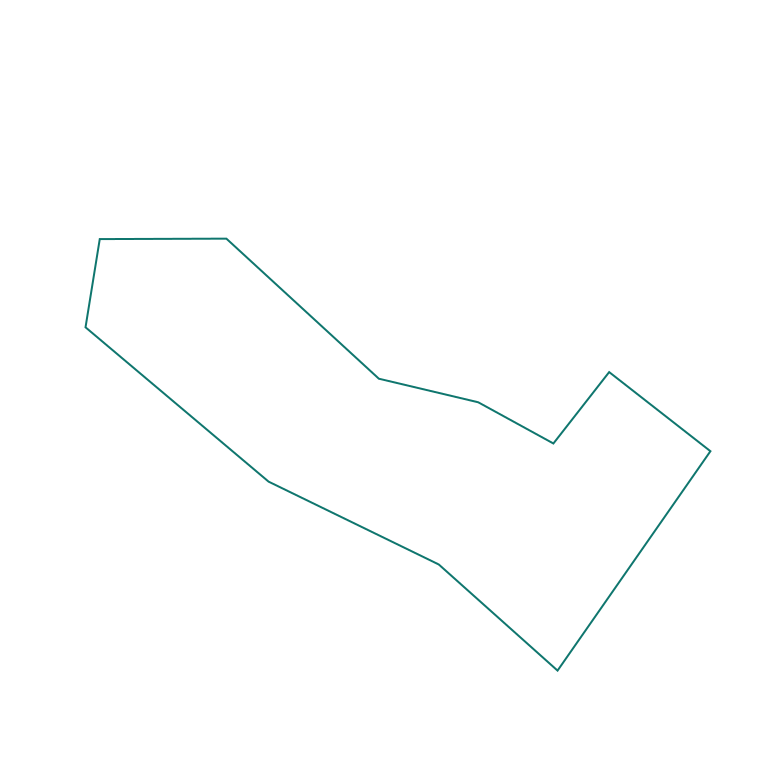 outline of Yau Tsim Mong, rotated 128°
{"feature_id": "HKG-5157", "entity_name": "Yau Tsim Mong", "entity_type": "state/province", "adm_level": 1, "iso_a3": "HKG", "parent_name": "Hong Kong S.A.R.", "parent_adm1": "", "projection": "orthographic", "projection_center": [114.17, 22.306], "detail": "fine", "context": "isolated", "style": "outline", "palette": "teal", "viewbox_px": 768, "rotation_deg": 128, "n_neighbors": 0, "source": "natural_earth", "source_scale": "10m", "svg_char_len": 308}
<svg xmlns="http://www.w3.org/2000/svg" viewBox="0 0 768 768"><g transform="rotate(128 384 384)"><path d="M523.1,654.1L444.8,697.2L366.5,597.7L383.0,391.3L340.4,298.5L326.6,213.9L236.0,213.9L236.0,85.4L503.0,70.8L492.5,229.7L532.0,414.8L523.1,654.1Z" fill="none" stroke="#0f766e" stroke-width="2"/></g></svg>